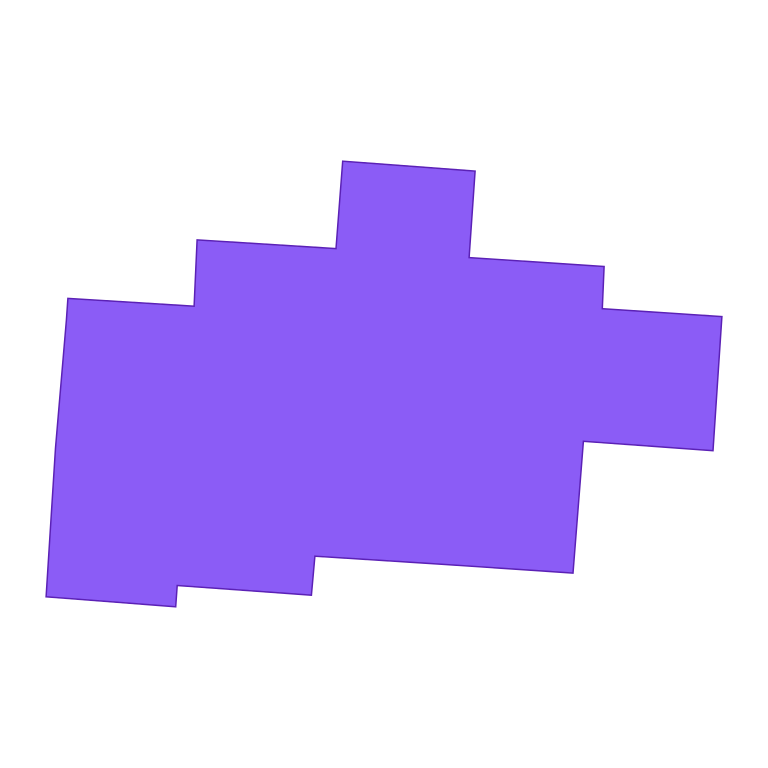 Hocking, Ohio, United States of America
{"feature_id": "52423323B99959311448402", "entity_name": "Hocking", "entity_type": "district", "adm_level": 2, "iso_a3": "USA", "parent_name": "United States of America", "parent_adm1": "Ohio", "projection": "albers", "projection_center": [-82.49, 39.512], "detail": "fine", "context": "isolated", "style": "filled", "palette": "violet", "viewbox_px": 768, "rotation_deg": 0, "n_neighbors": 0, "source": "geoboundaries", "source_scale": "gbopen_adm2", "svg_char_len": 391}
<svg xmlns="http://www.w3.org/2000/svg" viewBox="0 0 768 768"><path d="M66.4,320.1L55.5,448.0L46.1,596.8L175.7,606.8L177.2,585.5L311.4,595.2L314.9,556.2L443.8,564.4L573.0,573.1L583.4,441.3L713.0,450.7L721.9,316.6L602.3,308.7L604.1,266.5L469.1,257.6L475.1,171.1L342.7,161.2L336.0,248.6L197.1,239.9L194.1,306.2L67.9,298.4L66.4,320.1Z" fill="#8b5cf6" stroke="#5b21b6" stroke-width="1.5"/></svg>